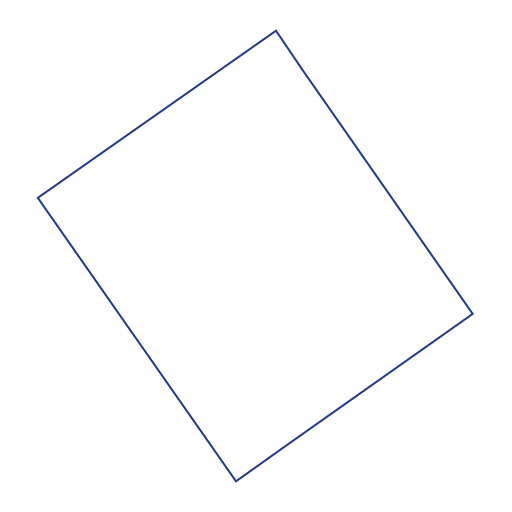 outline of Ness, Kansas, United States of America, rotated 55°
{"feature_id": "52423323B78916796754312", "entity_name": "Ness", "entity_type": "district", "adm_level": 2, "iso_a3": "USA", "parent_name": "United States of America", "parent_adm1": "Kansas", "projection": "albers", "projection_center": [-99.868, 38.48], "detail": "fine", "context": "isolated", "style": "outline", "palette": "blue", "viewbox_px": 512, "rotation_deg": 55, "n_neighbors": 0, "source": "geoboundaries", "source_scale": "gbopen_adm2", "svg_char_len": 270}
<svg xmlns="http://www.w3.org/2000/svg" viewBox="0 0 512 512"><g transform="rotate(55 256 256)"><path d="M427.7,111.7L420.8,111.7L131.5,111.2L82.9,110.4L83.2,401.3L92.2,401.4L429.1,401.6L428.6,343.4L427.7,111.7Z" fill="none" stroke="#1e3a8a" stroke-width="2"/></g></svg>